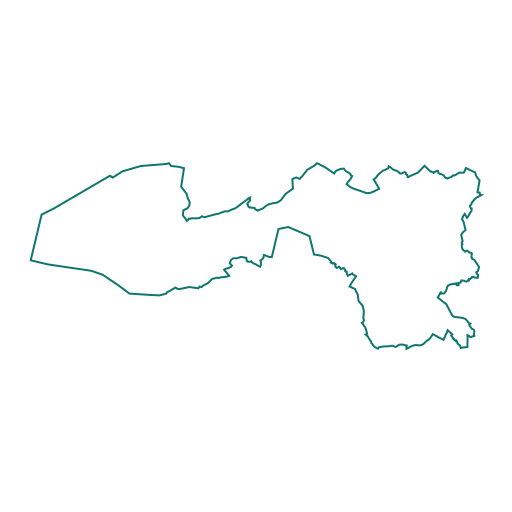 the district of Idemili South, Anambra, Nigeria
{"feature_id": "59680162B38736391522213", "entity_name": "Idemili South", "entity_type": "district", "adm_level": 2, "iso_a3": "NGA", "parent_name": "Nigeria", "parent_adm1": "Anambra", "projection": "orthographic", "projection_center": [6.922, 6.058], "detail": "fine", "context": "isolated", "style": "outline", "palette": "teal", "viewbox_px": 512, "rotation_deg": 0, "n_neighbors": 0, "source": "geoboundaries", "source_scale": "gbopen_adm2", "svg_char_len": 6098}
<svg xmlns="http://www.w3.org/2000/svg" viewBox="0 0 512 512"><path d="M470.3,323.6L469.6,323.4L468.8,322.9L466.8,320.4L465.3,318.9L462.1,317.8L457.7,317.3L453.9,316.7L452.3,315.5L451.1,313.3L446.2,304.0L443.9,302.4L437.8,297.6L440.4,292.7L440.9,292.3L441.5,293.6L442.1,293.5L444.3,293.3L446.1,290.7L447.5,286.2L448.1,285.6L449.6,284.7L453.1,283.8L454.0,284.0L455.0,283.6L456.4,283.3L456.3,284.6L456.7,285.2L458.6,285.1L458.6,282.9L460.5,282.6L461.3,280.4L462.9,280.6L464.1,280.8L465.0,281.3L466.7,281.5L468.9,280.5L468.9,280.1L468.5,279.4L468.9,278.9L469.7,279.1L469.9,279.1L471.7,277.7L471.8,277.2L473.1,276.7L474.6,277.6L475.2,277.6L476.3,277.7L477.7,277.8L478.2,275.5L478.2,275.1L477.5,274.4L477.0,274.1L476.3,272.3L477.2,271.8L477.9,271.0L479.1,267.1L474.4,259.9L472.2,258.9L471.9,257.8L471.4,257.4L471.9,253.4L470.8,252.9L469.5,252.5L468.3,251.7L467.1,250.6L466.3,250.9L465.1,251.6L463.1,249.9L462.2,248.4L461.9,246.9L461.8,245.8L461.9,244.6L462.4,243.9L461.7,242.9L461.8,242.2L462.6,241.1L461.2,234.9L463.0,232.2L465.6,230.0L464.1,224.0L463.5,221.8L463.0,220.8L462.0,219.2L463.0,216.4L464.7,213.9L467.0,217.8L468.5,215.9L470.0,213.0L470.8,211.9L471.6,210.6L471.6,208.5L471.0,208.5L470.5,207.8L469.9,205.9L470.6,205.3L470.9,204.8L472.2,202.2L473.5,200.6L475.1,198.7L476.1,198.0L478.1,196.9L481.3,195.1L480.4,195.0L480.1,194.9L480.0,193.9L479.7,193.7L479.7,192.6L477.5,192.3L479.6,180.3L478.7,179.5L477.2,177.5L476.3,176.2L475.1,172.5L465.9,168.0L464.0,172.4L463.3,172.7L459.1,172.7L454.7,175.5L453.1,175.3L451.4,176.9L447.3,178.5L447.1,178.1L445.7,178.0L444.7,177.0L443.6,175.3L441.4,174.2L440.2,174.0L439.8,173.9L439.2,173.5L438.5,173.1L437.9,170.8L437.1,170.8L435.8,171.5L434.3,172.2L433.7,172.8L433.3,172.2L432.8,172.3L432.1,172.1L431.3,171.5L430.7,171.6L430.3,171.3L424.5,165.8L418.1,172.5L408.9,176.6L408.7,176.9L408.1,177.2L407.8,177.1L407.6,176.6L407.2,175.3L407.0,174.7L405.9,174.0L406.0,173.7L405.8,172.8L405.0,172.3L404.3,172.1L402.2,173.2L401.6,173.4L401.2,173.5L399.6,173.3L399.3,172.9L398.8,172.2L397.1,171.0L395.5,170.4L394.2,170.0L393.2,169.6L390.5,167.3L388.7,166.3L388.3,168.3L386.8,168.9L385.1,170.0L382.9,170.6L381.5,171.9L378.4,174.4L376.2,177.3L376.1,177.5L373.7,179.6L375.4,182.3L379.2,188.8L374.1,191.3L370.4,192.8L366.9,193.2L361.7,191.4L354.4,188.9L351.2,187.6L346.5,184.2L348.0,181.9L350.2,179.5L352.2,176.1L350.7,175.1L350.2,173.6L348.9,172.7L346.4,171.5L344.9,170.1L343.9,168.6L340.6,168.9L336.2,170.7L334.1,173.5L325.0,167.2L317.1,163.2L313.9,165.9L307.1,170.0L302.1,176.4L300.5,177.8L299.8,178.9L296.2,177.5L292.4,179.1L292.9,188.7L285.6,193.9L281.0,200.1L278.5,201.8L276.8,202.7L273.2,203.2L268.9,204.2L266.0,205.9L262.8,208.5L257.7,210.5L257.6,210.1L256.8,210.2L254.7,208.7L254.6,208.0L253.2,207.7L251.6,207.8L250.1,207.3L249.5,207.5L249.1,207.1L248.2,206.4L248.1,205.3L247.2,204.1L247.4,203.4L248.3,202.4L250.2,200.4L249.8,199.4L250.1,197.6L248.7,198.2L246.3,200.2L243.9,201.9L235.5,208.2L231.6,209.6L228.1,211.4L224.8,211.3L218.5,213.7L215.0,214.4L210.6,215.6L204.8,217.2L201.8,216.3L199.5,218.0L196.8,218.3L191.4,218.3L190.1,218.8L189.1,218.5L187.0,220.9L185.2,218.3L182.8,215.4L183.2,212.5L183.3,210.4L184.7,209.6L187.7,208.1L189.4,205.3L189.7,202.5L189.0,200.6L187.8,198.4L187.0,195.4L186.7,194.0L181.2,186.7L184.0,168.2L178.5,166.8L171.1,166.0L168.9,163.2L166.1,164.0L140.9,166.0L122.5,171.3L112.7,177.6L111.6,176.5L111.0,176.7L110.0,175.7L54.0,208.4L41.6,214.6L30.7,260.3L47.9,264.4L91.3,270.8L102.6,274.7L118.2,285.2L129.5,293.6L151.4,295.0L159.5,295.4L166.3,293.6L167.1,292.1L168.5,291.6L170.4,290.6L172.7,289.1L175.6,287.5L177.1,288.7L179.2,289.1L183.9,288.2L189.3,287.0L198.3,288.3L199.7,286.5L201.6,287.1L203.0,285.7L207.9,283.1L212.3,278.8L214.1,278.5L217.3,277.6L218.7,278.0L219.5,277.7L221.0,277.3L223.0,277.2L225.9,276.8L227.3,276.5L229.2,275.9L226.3,272.4L224.1,269.8L225.5,268.9L226.5,268.5L227.7,268.2L228.6,268.1L230.7,266.8L231.2,266.7L232.0,265.6L231.3,265.0L229.8,263.2L230.5,261.1L230.9,260.2L231.6,259.4L232.4,258.8L233.3,258.3L234.7,258.2L236.4,258.4L238.7,257.7L240.4,257.1L241.3,257.0L243.3,257.3L245.8,257.8L246.3,257.8L246.7,260.7L247.5,261.5L248.7,261.8L249.8,261.8L250.7,261.4L251.1,261.2L252.3,262.7L253.7,263.5L256.4,264.6L258.0,265.7L260.1,266.7L260.9,265.0L261.0,262.8L260.4,260.5L261.8,259.7L263.4,257.7L263.9,255.0L265.4,255.4L268.6,256.8L271.8,257.1L278.5,229.0L288.2,227.0L309.5,236.1L314.0,254.5L317.0,254.9L321.7,255.9L328.0,258.0L331.0,261.4L330.6,262.4L332.3,263.3L332.5,263.0L333.1,263.5L333.7,263.1L334.3,263.7L334.6,263.5L335.4,264.0L335.7,264.4L335.5,265.2L335.2,265.9L335.4,266.6L336.8,268.0L339.1,266.7L340.4,268.2L341.0,269.2L342.9,268.1L343.9,268.2L344.7,269.5L345.2,269.9L345.2,271.0L345.5,271.4L346.1,271.4L346.7,271.6L346.8,272.9L347.2,274.6L347.8,275.8L352.3,273.5L352.6,274.2L356.1,276.3L351.5,283.0L349.6,286.5L355.0,289.0L357.9,295.1L358.5,300.9L362.6,305.7L363.9,311.2L363.3,318.0L363.9,320.2L363.1,322.2L361.9,322.9L363.4,324.8L364.9,327.1L365.9,329.0L367.1,333.8L365.6,334.5L366.9,335.8L367.8,336.3L368.8,338.2L369.3,338.8L369.6,339.6L370.3,340.5L371.1,341.5L371.3,343.0L372.6,344.4L373.7,345.9L374.6,346.9L375.9,347.7L377.9,348.7L379.1,347.2L384.3,346.4L388.8,346.3L390.1,345.9L393.0,345.9L395.2,346.9L396.0,346.8L397.1,346.2L398.5,345.1L399.8,344.6L401.4,344.5L402.4,344.6L403.3,344.7L405.6,345.4L406.7,345.5L406.4,347.3L406.5,348.8L411.9,346.0L415.6,344.9L418.9,345.4L421.2,345.2L423.3,344.1L426.3,341.2L429.7,338.8L432.8,334.1L439.0,337.6L440.8,338.4L443.5,339.9L445.1,336.2L445.8,334.2L446.8,332.8L447.3,331.1L447.6,330.2L450.4,332.6L451.4,333.7L452.3,334.3L451.2,335.5L452.3,337.0L452.8,337.7L452.9,338.2L453.9,338.8L453.7,339.3L455.0,340.4L455.5,340.9L456.1,340.3L456.5,340.7L457.3,342.5L457.4,343.3L458.7,344.5L459.8,345.3L460.8,348.0L462.1,347.6L467.4,347.0L467.6,337.3L467.5,335.2L468.3,335.4L469.0,335.9L470.3,337.1L470.8,337.1L472.2,336.5L472.5,336.3L473.4,336.4L474.4,335.8L473.8,334.1L474.2,332.7L474.3,331.5L474.1,330.3L473.6,329.6L472.7,329.1L471.9,328.8L471.0,327.5L469.7,326.0L469.4,325.4L469.3,324.8L469.8,324.2L470.3,323.6Z" fill="none" stroke="#0f766e" stroke-width="2"/></svg>